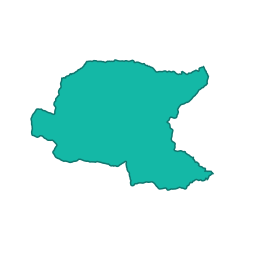 outline of Monte Alegre de Minas, Minas Gerais, Brazil, rotated 161°
{"feature_id": "56859067B97314515422206", "entity_name": "Monte Alegre de Minas", "entity_type": "district", "adm_level": 2, "iso_a3": "BRA", "parent_name": "Brazil", "parent_adm1": "Minas Gerais", "projection": "albers", "projection_center": [-48.909, -18.813], "detail": "fine", "context": "isolated", "style": "filled", "palette": "teal", "viewbox_px": 256, "rotation_deg": 161, "n_neighbors": 0, "source": "geoboundaries", "source_scale": "gbopen_adm2", "svg_char_len": 5775}
<svg xmlns="http://www.w3.org/2000/svg" viewBox="0 0 256 256"><g transform="rotate(161 128 128)"><path d="M63.5,59.9L65.8,60.9L66.8,61.0L67.4,61.6L69.2,62.1L68.1,64.1L68.4,65.0L69.3,65.1L70.3,66.2L70.7,67.1L71.3,67.6L72.1,68.0L72.9,68.8L73.4,69.8L72.7,70.6L72.9,71.6L73.6,72.4L73.9,73.2L74.5,73.6L75.3,73.6L75.7,74.3L75.6,75.1L75.8,76.2L76.5,77.3L76.0,78.1L75.8,78.9L76.8,79.0L77.3,79.8L78.0,80.4L78.8,81.9L79.3,82.7L80.0,83.2L80.5,83.9L81.8,85.9L81.7,86.9L82.4,87.4L83.2,87.5L84.1,88.0L84.7,88.8L85.5,89.3L86.5,89.5L88.6,89.7L89.2,90.0L90.7,91.0L91.3,91.7L91.4,92.7L90.6,93.4L89.8,94.5L89.4,96.2L88.9,97.0L88.5,98.1L89.4,99.7L90.3,100.6L90.7,101.4L90.8,102.3L90.8,103.2L90.4,104.1L89.1,106.0L88.6,107.3L88.0,108.5L86.4,111.0L86.4,112.0L87.9,113.9L88.0,115.1L87.7,115.9L87.4,117.9L87.7,118.8L89.1,120.7L88.7,121.3L86.7,122.0L85.1,124.0L84.0,124.3L83.0,123.8L81.2,122.3L79.7,122.0L78.9,122.2L78.2,122.7L77.7,123.7L77.3,124.4L76.6,124.8L75.3,126.5L75.1,127.5L75.2,128.5L74.9,129.6L74.0,130.3L73.4,130.9L71.4,132.3L70.4,132.8L69.2,132.8L67.2,132.6L64.4,133.2L63.6,132.9L61.9,133.1L58.4,134.7L56.2,136.2L53.8,137.0L53.1,137.6L51.6,138.3L50.8,138.9L48.5,140.9L46.9,141.1L45.1,141.9L43.8,141.8L42.8,142.3L42.2,142.8L41.5,142.9L40.8,143.2L40.0,143.2L39.5,143.8L38.6,144.1L38.3,145.7L37.4,147.5L36.1,149.1L35.1,150.8L35.6,151.6L35.4,152.4L35.4,153.2L35.9,154.4L35.7,156.3L36.2,156.9L36.2,157.7L36.4,158.8L36.4,160.3L36.6,161.4L37.4,161.1L38.5,161.4L39.5,161.3L40.5,161.4L41.3,161.1L42.2,159.0L43.1,158.8L44.4,160.1L45.1,160.5L46.0,160.3L48.6,160.1L50.7,159.4L52.8,160.1L53.8,159.5L54.7,159.4L55.4,160.0L58.1,163.6L59.1,163.5L59.2,162.3L59.8,161.6L61.0,161.9L61.8,162.3L62.9,162.2L63.8,162.9L64.9,164.2L65.6,165.7L66.2,166.5L67.1,166.9L68.3,166.7L69.2,167.1L70.3,168.1L71.2,168.4L72.3,168.1L73.1,168.5L73.6,169.3L74.4,169.9L76.1,170.1L77.3,170.1L78.2,170.5L80.3,171.3L81.3,171.3L82.1,171.4L82.9,171.7L83.4,172.5L84.7,176.2L85.9,177.7L86.8,178.1L87.3,178.9L87.9,179.5L89.0,179.8L89.5,180.9L90.4,181.2L91.1,181.7L91.7,183.5L92.5,183.8L93.4,183.8L94.0,184.2L96.7,186.7L98.2,187.4L100.0,187.6L100.7,188.0L100.6,188.9L100.9,189.8L101.7,190.5L102.6,190.6L104.9,190.6L105.8,190.8L107.8,192.2L108.7,192.4L109.9,192.3L111.4,193.2L113.7,193.8L115.6,194.8L117.5,196.3L118.5,196.5L119.5,195.7L120.7,195.9L122.0,196.5L123.0,196.7L123.8,197.2L124.8,197.4L125.7,197.8L126.9,197.5L128.2,197.4L129.8,198.8L130.8,199.1L131.6,199.7L134.2,200.6L135.0,200.7L136.3,202.0L137.3,202.3L138.2,202.8L140.3,202.6L141.4,203.3L143.5,203.9L144.5,204.0L145.2,204.3L146.1,203.8L146.8,203.1L147.4,202.4L148.2,202.4L149.6,201.0L152.4,199.6L153.4,199.7L154.4,199.2L155.2,199.1L156.0,199.3L157.0,198.6L158.0,198.2L159.0,198.1L161.3,197.3L163.4,197.6L164.1,197.2L164.6,197.9L165.4,197.8L165.9,197.2L166.7,196.8L167.8,196.8L168.8,197.0L169.7,196.7L170.4,196.6L170.7,195.8L171.4,195.9L172.2,196.3L172.9,196.5L173.7,196.3L174.4,196.6L175.5,194.1L176.7,192.7L177.3,191.8L177.5,190.7L177.6,189.6L178.0,188.5L178.7,187.7L179.9,187.2L181.4,185.7L182.0,184.5L182.2,181.9L182.8,181.4L184.3,180.8L185.0,180.1L186.1,179.6L186.8,179.1L187.6,177.1L188.4,176.8L189.3,176.2L189.8,175.4L190.3,174.5L190.4,173.7L190.2,172.8L189.7,172.0L189.7,171.0L190.0,170.0L191.2,168.5L191.7,167.6L192.4,165.8L192.9,165.2L193.7,165.1L194.3,165.4L194.9,165.8L196.4,167.4L197.7,168.1L198.4,168.6L199.1,169.3L200.9,171.3L202.9,172.4L203.7,174.0L205.8,174.6L206.5,175.1L207.4,175.4L208.3,175.5L209.0,175.1L209.5,174.4L210.4,173.9L210.9,173.3L212.4,172.4L213.3,171.9L214.4,170.9L215.1,169.9L216.5,168.5L216.8,167.8L217.0,165.5L217.9,162.9L218.0,161.0L218.6,159.0L218.7,158.2L219.3,157.5L219.7,156.7L220.2,156.0L220.6,154.9L220.9,153.5L220.8,152.3L220.0,151.7L219.2,151.3L218.8,150.7L217.2,149.1L216.4,148.7L215.0,148.8L213.6,149.3L212.8,149.0L212.1,148.6L211.3,147.9L210.7,146.3L210.0,145.3L209.2,144.7L208.3,143.2L207.5,142.4L204.7,141.4L203.6,141.2L202.8,140.3L200.9,136.0L200.8,135.0L201.3,134.3L202.2,133.8L203.8,132.5L205.2,130.9L206.1,130.5L206.8,129.8L207.0,129.0L206.8,128.1L206.4,127.0L206.2,125.4L206.0,124.5L205.6,123.6L204.2,122.1L202.7,121.0L202.2,120.1L201.4,119.2L199.4,117.4L198.5,117.3L197.6,116.9L196.0,115.9L194.5,114.6L193.5,114.2L191.6,114.0L190.5,114.2L188.3,113.7L187.3,113.6L186.3,113.8L184.8,114.5L183.9,114.2L183.0,113.8L180.1,111.3L178.1,110.1L177.2,109.9L175.8,109.0L175.1,108.3L173.2,107.8L172.1,107.3L171.4,107.1L169.9,106.3L168.2,106.4L167.5,106.0L164.3,104.0L163.7,103.4L162.9,102.9L160.7,101.7L159.2,100.6L158.4,100.4L157.9,99.8L157.3,98.7L156.6,97.9L155.5,97.4L154.5,97.4L154.0,96.7L152.9,96.6L152.1,96.4L151.4,95.6L150.7,95.2L149.8,95.1L149.1,95.2L147.6,95.9L146.7,95.9L145.5,96.4L143.2,96.7L142.4,97.1L141.4,97.3L140.6,96.8L140.8,95.7L141.4,94.8L141.6,94.1L142.1,91.2L142.0,90.2L142.3,89.3L142.3,88.0L142.0,86.7L141.5,85.7L141.4,84.7L141.8,84.0L142.2,81.8L142.1,80.6L142.4,79.4L142.5,78.3L142.3,77.4L143.5,75.3L143.8,73.2L143.2,72.3L142.3,71.9L141.2,71.9L140.3,72.6L139.3,73.0L137.7,72.4L136.0,72.6L134.3,72.2L132.2,71.2L131.5,71.0L128.5,71.1L127.6,70.8L126.9,70.3L126.2,70.0L125.4,69.8L123.6,69.5L122.7,69.2L121.7,68.1L120.9,66.7L120.0,63.6L119.4,62.7L119.1,61.6L118.3,60.2L117.3,59.9L115.4,59.5L112.6,59.2L111.8,58.9L111.3,58.2L111.1,57.0L110.7,56.4L110.0,56.2L109.1,56.1L107.0,56.3L106.0,55.8L103.0,55.0L101.0,54.9L98.6,55.2L97.6,54.5L96.9,53.8L96.1,53.5L95.1,52.8L94.3,52.0L93.6,51.7L92.8,51.8L92.1,52.3L91.5,53.3L90.6,54.1L89.4,54.0L87.1,56.0L86.4,56.2L85.6,55.6L84.8,55.6L84.3,56.4L82.4,56.6L81.3,57.1L80.2,57.1L79.2,56.4L78.4,55.5L77.3,55.3L76.3,55.4L75.7,54.9L75.3,54.1L74.3,53.7L72.6,53.6L71.9,53.9L70.8,55.1L70.0,54.6L69.9,53.5L69.0,53.9L68.5,54.6L67.8,55.2L67.2,56.1L66.3,56.5L65.2,56.6L64.6,57.0L63.7,57.3L62.5,57.2L62.8,58.2L63.4,59.1L63.5,59.9Z" fill="#14b8a6" stroke="#0f766e" stroke-width="1.5"/></g></svg>